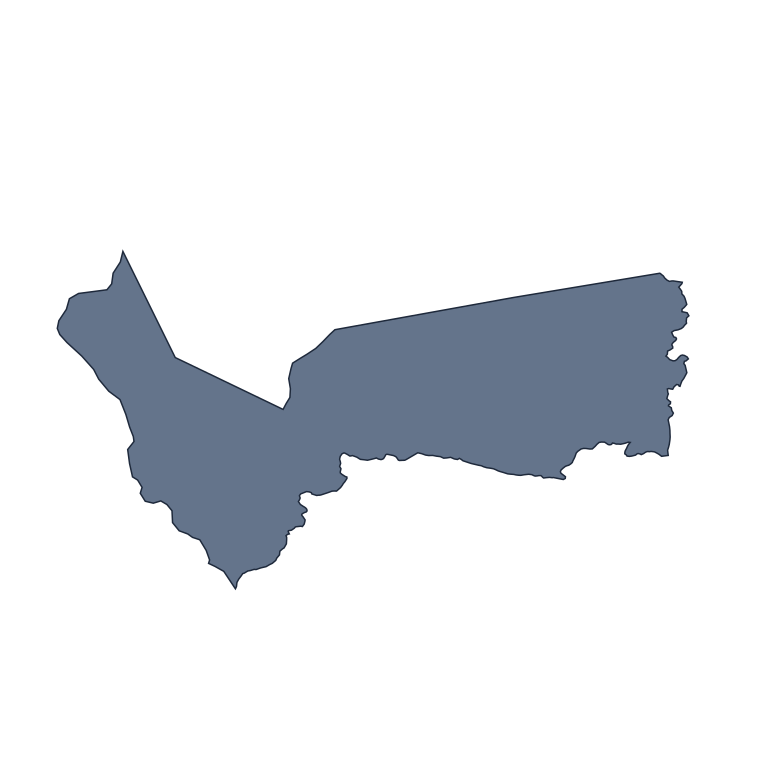 Ayene, Wele-Nzás, Equatorial Guinea, rotated 260°
{"feature_id": "11065452B61336086634219", "entity_name": "Ayene", "entity_type": "district", "adm_level": 2, "iso_a3": "GNQ", "parent_name": "Equatorial Guinea", "parent_adm1": "Wele-Nzás", "projection": "robinson", "projection_center": [10.614, 1.791], "detail": "fine", "context": "isolated", "style": "filled", "palette": "slate", "viewbox_px": 768, "rotation_deg": 260, "n_neighbors": 0, "source": "geoboundaries", "source_scale": "gbopen_adm2", "svg_char_len": 4951}
<svg xmlns="http://www.w3.org/2000/svg" viewBox="0 0 768 768"><g transform="rotate(260 384 384)"><path d="M444.6,675.6L445.2,674.8L446.7,526.4L446.0,345.1L442.2,339.2L436.3,331.1L430.9,323.0L426.6,313.1L423.8,305.9L420.4,297.6L415.3,295.1L405.8,291.1L395.6,291.0L387.1,289.0L381.8,284.3L376.5,280.2L446.3,183.0L559.9,149.9L549.9,145.5L540.2,136.5L529.9,133.2L524.9,127.5L526.2,98.9L522.6,89.0L512.7,84.2L502.8,74.8L495.5,71.9L489.0,73.3L479.9,79.0L464.0,91.2L448.8,100.6L438.3,103.9L424.7,111.7L414.5,121.3L398.9,124.5L385.8,126.0L375.8,128.0L370.8,127.8L364.0,120.2L349.8,119.6L338.9,120.1L336.2,120.2L332.2,124.7L324.2,127.8L318.7,125.0L310.0,128.5L306.7,136.1L307.6,143.9L303.0,149.3L296.0,153.2L284.2,151.7L275.0,156.8L270.4,164.7L266.2,168.8L262.6,175.5L260.1,176.5L259.8,176.6L251.0,180.0L241.0,181.7L237.8,180.1L233.7,185.9L227.3,193.7L208.1,202.1L209.2,202.9L210.3,203.6L214.1,204.7L217.0,207.0L220.1,210.3L221.8,211.9L222.0,213.5L223.5,217.4L223.5,220.0L224.0,223.9L223.5,225.8L224.3,230.7L224.6,236.2L226.0,240.0L226.8,242.9L229.1,246.8L231.1,248.1L233.9,251.4L237.4,252.4L239.3,255.5L239.9,257.1L243.5,260.1L247.6,261.1L249.8,261.5L251.7,261.2L252.7,263.0L252.8,264.7L255.4,264.0L256.1,264.4L256.1,267.5L257.6,270.7L258.5,271.7L258.7,272.4L258.4,277.3L257.8,278.9L259.9,281.1L262.6,282.3L263.9,282.7L265.4,282.0L266.9,281.4L269.0,280.2L270.0,280.4L270.8,282.0L271.3,283.7L271.5,285.2L272.4,286.2L274.0,286.2L275.6,285.3L276.6,284.3L277.7,283.0L279.9,280.7L283.1,279.3L284.8,280.8L286.3,281.6L288.7,281.3L290.2,282.8L291.5,289.0L290.7,291.7L289.6,293.6L288.3,293.8L285.9,298.4L285.9,299.9L285.7,301.3L285.7,302.6L286.8,310.3L287.5,314.1L287.3,316.2L286.8,318.7L289.6,323.3L291.6,325.4L293.0,326.6L294.7,328.6L297.4,331.1L298.8,331.3L299.7,329.7L302.5,326.7L304.1,325.5L305.2,325.7L306.8,326.4L308.1,326.9L309.9,326.2L310.7,326.0L312.0,326.8L313.3,327.5L315.3,327.5L317.4,327.2L318.7,327.6L320.4,328.4L322.6,330.6L323.1,332.7L322.5,333.7L320.9,335.8L319.1,337.7L318.9,338.8L319.0,340.5L316.7,344.5L313.9,347.6L312.8,351.4L311.8,354.5L312.0,358.4L312.3,362.4L312.5,363.6L311.1,365.4L310.1,367.8L310.1,368.8L310.6,370.6L313.0,372.7L313.9,373.3L314.3,374.2L314.1,375.4L311.9,380.9L311.2,381.9L310.4,383.0L309.3,383.7L306.6,384.9L306.0,385.9L305.8,387.6L305.3,391.2L305.9,393.2L310.4,405.3L308.8,409.1L306.8,412.6L305.8,415.6L305.2,419.6L303.8,423.2L302.7,426.9L300.6,429.9L300.3,433.0L300.2,436.9L298.0,440.2L296.9,443.3L297.7,445.3L296.3,447.0L294.7,448.4L290.6,456.0L287.5,463.2L286.6,465.7L285.2,467.7L283.7,470.7L282.6,474.2L281.5,477.1L280.1,479.3L278.7,481.2L277.7,483.0L276.2,486.1L274.0,490.3L273.2,493.1L272.4,496.2L271.5,498.3L270.7,501.0L270.3,502.9L270.3,506.1L270.0,510.8L269.0,514.0L267.9,515.4L267.1,516.8L266.9,518.7L266.9,520.7L266.5,522.7L265.8,523.3L264.6,524.0L263.7,524.9L263.6,527.4L263.3,530.8L262.5,533.4L262.5,534.5L258.8,544.0L259.5,546.1L261.2,546.6L265.5,542.7L267.1,542.5L268.5,543.4L270.0,545.7L271.4,548.3L271.8,550.3L271.9,551.8L272.9,554.1L274.0,555.8L275.4,556.6L277.6,558.3L279.2,559.4L282.6,561.3L284.0,563.1L285.8,566.9L285.9,569.4L285.4,571.8L284.2,575.5L283.9,577.9L286.0,581.2L287.6,583.2L289.1,585.7L289.1,588.0L288.4,591.2L285.5,594.2L285.0,595.3L284.9,597.0L285.5,598.1L286.2,598.7L285.6,600.4L284.5,602.3L284.3,603.8L283.6,606.6L283.7,609.5L283.8,611.2L284.3,614.4L283.7,616.3L282.1,614.4L280.3,612.9L278.6,611.8L276.5,610.1L275.1,609.4L273.4,609.0L272.1,610.3L270.8,610.8L270.1,613.1L270.0,615.5L270.3,619.4L271.3,621.2L271.4,622.2L270.5,624.3L269.8,625.0L270.4,627.6L271.2,629.2L271.7,630.8L271.7,632.3L271.3,633.3L271.2,635.4L270.2,638.6L268.2,641.2L267.0,642.6L264.6,644.8L264.4,649.1L264.3,651.5L266.2,651.6L269.6,651.8L272.4,653.3L273.6,653.8L274.9,654.4L277.0,655.1L279.4,655.9L282.1,656.6L285.9,657.1L288.5,657.5L292.4,657.8L299.4,657.6L301.5,659.1L302.9,662.3L305.1,663.9L308.0,662.8L310.7,662.8L313.1,660.3L314.0,660.7L314.8,662.6L316.7,663.1L318.1,661.7L320.5,660.0L324.0,661.7L324.8,662.3L326.4,662.0L329.9,662.2L330.1,663.7L329.5,665.0L328.7,667.4L330.9,669.2L332.7,672.1L332.0,673.9L330.6,674.3L330.3,675.1L332.6,676.3L335.2,677.9L337.4,680.2L342.5,684.2L350.1,683.8L352.0,682.8L354.2,683.8L354.3,685.4L355.9,688.1L357.9,687.3L359.9,684.9L360.7,682.9L360.5,681.1L359.0,678.8L357.3,676.8L356.4,674.7L356.6,672.7L358.4,669.6L361.0,667.9L362.5,666.5L364.1,668.2L367.2,669.0L367.8,671.5L369.2,674.6L370.8,674.8L372.5,674.2L373.7,674.9L374.8,676.2L376.2,678.8L377.6,679.9L379.1,679.5L379.9,677.7L381.7,677.0L385.0,676.2L386.2,678.9L386.3,683.0L387.0,686.5L388.2,688.7L389.5,690.0L391.3,692.5L393.1,692.5L396.6,693.5L398.2,696.1L401.5,694.9L403.5,690.0L405.9,690.5L407.4,693.1L409.8,696.0L416.0,695.3L418.4,694.7L421.0,693.0L423.6,693.3L425.9,692.3L428.2,691.1L429.2,692.4L431.1,694.8L432.4,695.4L435.2,687.0L435.5,685.5L435.5,682.9L437.2,680.7L438.8,679.5L439.7,678.8L441.4,678.1L441.7,677.9L442.1,677.7L443.8,676.1L444.6,675.6Z" fill="#64748b" stroke="#1e293b" stroke-width="1.5"/></g></svg>